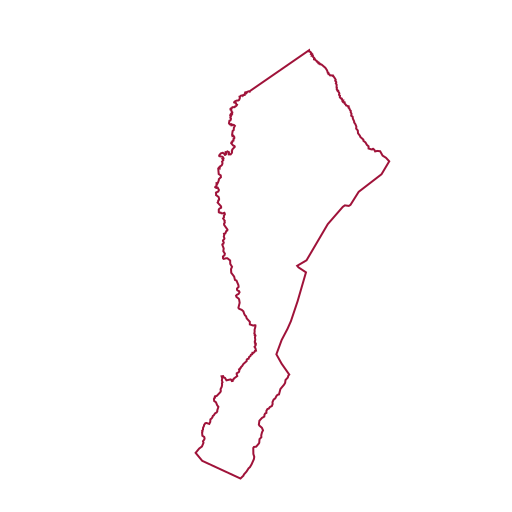 outline of Chigubo, Gaza, Mozambique, rotated 204°
{"feature_id": "85939544B66615302004978", "entity_name": "Chigubo", "entity_type": "district", "adm_level": 2, "iso_a3": "MOZ", "parent_name": "Mozambique", "parent_adm1": "Gaza", "projection": "natural_earth1", "projection_center": [33.548, -22.965], "detail": "fine", "context": "isolated", "style": "outline", "palette": "rose", "viewbox_px": 512, "rotation_deg": 204, "n_neighbors": 0, "source": "geoboundaries", "source_scale": "gbopen_adm2", "svg_char_len": 6116}
<svg xmlns="http://www.w3.org/2000/svg" viewBox="0 0 512 512"><g transform="rotate(204 256 256)"><path d="M328.6,404.3L328.6,403.5L329.8,403.4L330.7,402.4L330.9,401.3L331.5,401.7L332.4,401.1L332.3,400.3L331.6,400.1L332.2,399.1L331.9,398.5L333.0,397.9L333.2,397.1L333.6,397.4L335.2,396.1L335.3,395.1L335.8,394.8L335.0,393.7L334.9,391.8L335.4,390.9L336.9,390.1L338.2,388.6L338.5,387.8L338.4,387.4L336.4,387.5L335.5,386.3L334.9,386.4L334.9,385.6L335.6,384.2L336.2,383.8L336.2,383.2L338.1,382.3L338.3,381.0L339.1,380.5L339.2,380.0L338.8,379.3L337.9,379.3L337.0,378.0L336.2,377.7L336.4,377.2L335.5,376.1L335.6,375.7L336.1,376.0L336.7,375.7L336.9,374.8L336.7,373.9L335.7,374.1L335.7,371.8L334.8,371.4L334.6,370.8L334.5,369.5L335.3,368.8L334.7,366.3L333.6,365.6L332.6,366.3L331.7,365.3L331.0,365.7L331.0,366.4L329.4,366.7L328.2,366.3L328.4,364.3L327.6,362.0L328.2,360.7L327.1,356.9L326.4,356.1L325.9,356.8L325.5,356.7L325.3,356.0L324.3,355.9L323.8,355.1L323.7,354.5L324.2,353.7L323.5,352.2L324.3,351.3L324.0,350.3L324.6,349.9L324.6,349.0L322.0,347.7L320.4,347.7L319.8,347.1L321.0,343.6L320.7,342.7L320.8,342.0L320.2,341.4L320.0,340.4L320.5,338.5L322.1,337.8L322.9,339.8L324.7,339.9L325.2,338.6L326.0,338.5L325.8,337.9L324.6,337.3L325.2,335.9L325.6,335.7L326.3,336.3L328.3,336.8L329.9,335.4L330.5,333.3L330.4,332.5L330.0,332.3L327.0,333.0L326.1,332.7L325.3,331.9L325.3,331.4L326.0,331.0L324.9,330.2L325.4,328.4L324.4,327.3L324.1,325.6L324.4,324.5L325.3,323.2L324.9,321.4L325.8,321.7L326.1,320.6L323.4,315.7L321.0,315.3L320.1,313.7L321.2,311.1L320.8,310.2L320.6,307.8L321.5,306.7L320.7,306.5L320.7,305.9L321.2,305.3L320.5,304.0L321.3,302.8L321.2,302.2L319.9,302.0L318.7,302.8L316.7,301.2L316.7,299.5L318.3,297.8L318.3,297.3L317.7,296.7L317.3,295.4L314.2,294.7L313.0,293.3L312.6,292.3L313.1,291.4L312.7,290.4L312.8,289.2L308.4,287.3L307.8,286.7L307.5,285.9L308.7,284.4L308.9,283.3L307.8,280.9L307.1,280.7L305.9,281.3L305.1,280.9L303.6,281.5L302.5,282.6L302.0,282.3L301.4,281.4L301.7,279.6L301.0,278.4L301.3,276.9L298.8,275.4L298.7,274.4L298.1,273.8L298.3,272.4L297.7,271.4L292.8,268.5L292.6,267.6L293.3,266.7L293.2,264.2L294.3,263.3L293.6,262.4L293.3,260.6L292.0,259.3L291.9,258.6L292.5,256.8L292.3,256.3L291.0,255.3L290.8,254.0L291.4,253.3L291.4,252.6L288.6,249.8L287.8,247.1L285.4,245.5L285.1,243.9L286.0,242.1L285.1,240.4L284.3,240.2L282.4,241.8L281.2,242.3L277.8,241.4L276.3,238.3L273.5,236.4L273.5,233.9L271.8,230.6L267.6,228.3L265.5,225.6L263.8,225.6L260.2,222.2L259.3,220.7L260.1,218.6L259.6,217.4L258.9,217.0L257.1,217.0L256.3,216.2L256.5,214.2L257.7,212.8L258.1,211.6L257.1,210.6L254.4,210.0L253.6,209.2L251.9,206.6L251.0,201.5L249.9,200.9L247.2,201.0L245.0,200.3L243.6,198.7L242.1,197.4L240.6,196.9L239.1,195.2L234.9,193.4L233.8,191.0L230.3,191.3L228.8,192.4L228.3,192.4L227.8,191.1L227.3,188.0L226.4,186.2L226.0,184.5L225.4,184.2L225.0,183.1L224.6,183.0L224.5,183.4L224.1,183.1L223.9,181.3L222.5,179.0L222.4,177.5L222.0,177.2L221.8,176.3L220.9,176.1L220.9,175.4L220.3,175.4L220.0,174.1L220.4,172.4L218.9,171.4L217.5,169.5L218.4,168.8L218.3,168.0L218.9,166.5L219.9,166.1L219.5,164.7L220.5,163.7L220.4,162.2L221.2,161.1L221.0,159.1L222.0,158.4L222.3,157.5L221.8,156.2L223.6,152.2L223.9,149.8L224.5,148.6L224.4,147.6L224.9,146.9L224.7,146.2L225.4,145.5L224.5,144.4L224.5,142.9L225.9,141.0L225.6,140.2L224.3,138.7L226.5,134.8L226.3,134.1L226.8,133.4L226.5,132.3L227.2,131.9L228.4,132.9L229.1,132.9L232.4,130.4L234.7,132.0L236.2,132.0L237.2,132.9L238.5,132.1L237.1,130.5L236.6,128.5L235.2,127.0L235.4,126.0L234.6,124.6L234.1,122.6L234.2,119.9L233.2,118.3L233.2,117.1L235.0,112.1L236.4,111.2L236.4,110.6L235.8,109.9L236.3,109.2L236.3,108.3L235.2,106.5L233.1,106.1L230.8,103.9L229.0,102.9L228.6,99.2L228.2,98.5L228.3,97.1L229.4,95.6L229.8,93.2L230.4,92.3L230.2,91.0L230.5,89.5L231.2,88.2L230.3,85.8L230.4,83.6L233.4,83.3L234.3,82.6L234.7,80.4L234.4,79.5L234.5,77.5L233.8,75.8L234.1,74.3L233.4,73.7L233.5,72.9L231.9,70.0L229.7,69.6L228.8,68.5L228.6,67.3L229.1,65.2L228.0,64.0L227.9,60.0L229.6,57.0L231.1,51.6L221.8,47.0L179.7,46.4L178.1,50.3L178.2,51.4L177.0,55.2L176.4,59.1L175.7,60.5L175.3,63.8L175.3,69.5L175.9,71.8L177.9,74.1L180.4,79.5L180.2,80.7L178.3,81.9L177.1,86.0L177.1,86.8L178.3,90.1L177.4,92.6L178.3,94.4L178.8,97.4L178.7,99.6L180.8,101.5L183.8,102.4L184.8,103.1L185.9,106.9L184.7,110.5L183.1,112.7L183.7,114.4L183.6,115.8L182.7,116.9L183.5,118.7L183.3,120.9L182.3,121.7L181.9,123.6L180.5,125.4L180.6,127.5L181.5,129.2L181.5,132.1L180.5,133.7L180.4,136.4L179.9,137.9L178.7,138.9L179.6,144.4L178.0,150.0L177.8,152.0L178.6,154.7L177.5,157.9L177.8,159.9L177.4,161.2L188.9,168.1L197.4,174.5L198.4,189.7L197.6,202.2L197.6,210.7L199.6,231.6L203.7,261.4L212.6,262.9L214.4,263.8L208.1,272.6L203.4,314.3L196.7,336.2L195.4,338.4L191.6,339.5L190.5,341.1L188.3,356.4L174.6,381.7L172.8,396.7L177.2,398.6L181.2,399.2L185.2,402.2L188.0,401.3L189.7,400.0L190.9,401.0L192.5,401.6L193.0,401.3L193.2,400.6L194.0,400.3L196.9,400.0L197.8,402.0L199.9,402.6L202.2,404.3L204.7,404.9L205.3,406.0L209.1,407.2L210.1,408.2L212.7,409.6L214.1,412.1L216.3,413.1L217.0,415.1L218.9,416.9L220.6,417.9L221.1,418.9L223.4,420.9L224.4,422.6L226.1,422.9L226.6,424.8L228.0,425.9L228.4,427.1L229.7,427.7L230.9,429.0L231.6,429.0L232.2,429.6L232.2,430.4L235.0,430.2L235.5,430.8L236.8,431.2L237.3,431.9L237.8,431.9L237.7,432.4L239.1,432.4L239.3,432.9L239.6,432.3L240.1,432.6L240.4,433.6L241.3,433.9L241.4,434.5L241.9,434.8L242.8,434.6L244.0,435.1L244.5,436.6L245.3,436.7L245.9,437.4L245.9,438.3L246.6,439.1L248.1,439.8L248.2,440.4L249.1,440.3L249.3,440.9L250.2,441.3L250.5,442.6L251.0,442.8L252.0,445.3L253.3,446.2L253.2,447.0L253.6,447.7L254.9,448.3L254.8,449.3L255.9,450.2L259.0,452.1L259.2,451.7L260.1,451.9L261.8,451.1L262.9,451.8L263.7,451.6L264.4,452.8L265.0,452.6L266.5,454.4L269.1,456.1L274.1,457.6L275.4,457.2L275.8,457.7L276.7,457.4L277.1,458.0L277.6,457.6L278.5,458.5L279.5,458.3L280.0,459.0L281.5,459.1L282.5,460.0L283.1,459.5L283.6,460.7L285.4,461.3L285.5,461.9L286.4,461.7L286.2,462.5L286.6,463.2L288.0,462.9L288.1,463.7L287.8,463.8L289.3,464.6L290.4,464.4L291.2,465.6L328.6,404.3Z" fill="none" stroke="#9f1239" stroke-width="2"/></g></svg>